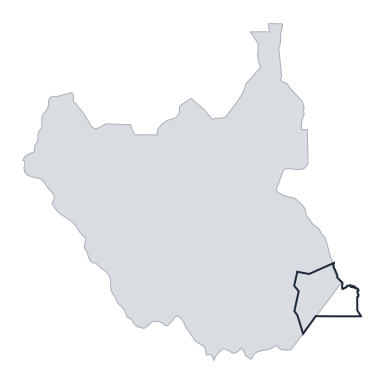 Kapoeta East, Eastern Equatoria, South Sudan (highlighted)
{"feature_id": "79223893B62671962917549", "entity_name": "Kapoeta East", "entity_type": "district", "adm_level": 2, "iso_a3": "SSD", "parent_name": "South Sudan", "parent_adm1": "Eastern Equatoria", "projection": "equal_earth", "projection_center": [35.583, 5.094], "detail": "fine", "context": "in_parent", "style": "outline", "palette": "slate", "viewbox_px": 384, "rotation_deg": 0, "n_neighbors": 0, "source": "geoboundaries", "source_scale": "gbopen_adm2", "svg_char_len": 6359}
<svg xmlns="http://www.w3.org/2000/svg" viewBox="0 0 384 384"><path d="M304.2,332.1L292.4,347.9L291.6,348.9L290.2,350.1L285.4,350.2L280.5,349.4L276.0,345.3L271.4,348.4L268.5,349.4L266.8,349.8L262.7,350.3L257.0,352.0L254.4,354.1L253.0,355.8L251.8,358.9L251.2,359.2L250.2,358.9L248.7,357.6L245.7,355.8L244.1,351.9L242.7,349.5L241.5,348.3L236.7,352.2L234.3,353.1L232.4,353.0L228.9,350.8L225.0,348.9L223.0,348.9L220.0,351.3L216.6,354.8L214.8,358.3L213.9,360.4L212.7,357.2L211.6,355.2L210.0,354.4L206.7,355.2L205.9,354.1L205.8,351.4L205.3,348.9L204.5,347.0L202.0,345.1L195.5,341.3L190.5,333.8L188.0,330.2L186.2,328.0L183.6,322.0L180.6,317.9L177.1,316.0L174.7,317.0L172.2,321.3L167.6,325.5L165.5,325.6L162.8,323.4L159.4,321.8L153.3,321.1L150.8,323.0L147.5,326.2L144.7,328.1L143.0,328.3L141.4,327.6L139.5,327.2L137.9,327.1L134.7,324.2L133.0,322.1L131.9,320.0L130.1,318.7L127.9,317.5L126.4,315.7L125.6,313.4L124.4,310.5L122.8,307.9L117.9,303.2L116.4,300.4L115.4,297.7L113.4,294.7L111.2,290.7L110.6,284.9L110.5,280.2L110.0,278.0L109.1,275.8L108.1,274.0L106.3,271.9L102.3,268.9L98.1,265.4L96.1,263.3L92.3,262.6L90.1,260.6L88.2,256.2L87.4,252.7L85.5,249.9L84.7,247.9L84.3,245.7L85.8,238.7L83.6,236.2L80.3,233.0L78.0,229.6L76.6,226.3L72.4,222.1L63.2,215.8L57.9,211.7L55.0,208.1L52.5,204.6L52.2,203.1L53.9,199.6L54.2,196.6L52.9,193.4L47.4,187.4L43.0,180.7L39.7,178.6L31.7,176.8L29.4,176.0L27.0,174.8L24.7,171.8L23.9,168.2L25.1,162.6L24.4,160.8L23.0,160.4L23.4,159.2L25.0,156.4L27.5,154.6L34.1,151.8L34.5,150.7L34.7,147.2L35.2,145.5L37.6,140.6L37.9,138.6L38.1,134.4L38.4,132.5L39.1,131.1L40.9,128.6L41.6,127.2L41.9,124.0L41.8,117.6L42.7,115.1L47.0,109.4L48.1,106.8L48.5,104.5L48.5,102.2L48.8,99.9L50.0,97.7L51.1,97.0L54.2,96.3L56.3,96.7L71.0,92.8L72.7,93.3L73.4,95.7L73.3,99.4L73.5,101.2L74.3,102.5L76.6,104.2L78.2,107.2L79.1,108.3L81.4,110.3L92.1,127.2L95.2,128.8L98.2,128.2L104.1,124.7L107.1,123.8L127.9,124.8L130.2,124.3L130.3,124.4L133.4,132.9L134.9,134.8L157.7,134.9L157.2,132.5L157.5,129.8L161.6,124.6L162.2,124.0L165.7,121.5L169.1,119.8L175.7,117.9L178.2,114.8L179.5,112.0L179.6,106.5L180.5,105.6L182.1,104.3L189.7,99.3L191.0,98.3L204.4,109.8L211.9,118.9L212.4,119.3L212.8,119.5L213.2,119.2L213.5,118.8L214.4,118.3L217.7,118.2L223.8,117.8L225.8,116.7L238.2,100.5L241.3,95.3L242.1,94.2L243.9,90.6L245.8,84.2L246.2,83.5L259.7,68.3L260.2,67.1L260.3,66.2L258.3,61.1L257.9,58.5L257.8,54.5L258.2,48.3L258.1,44.3L257.9,43.3L257.8,43.1L250.4,31.9L269.3,31.8L269.3,30.4L269.3,30.0L268.9,28.6L268.7,26.8L268.7,25.9L268.9,24.9L268.9,24.4L268.8,24.0L268.8,23.8L268.9,23.6L282.5,23.9L282.3,27.0L280.6,34.4L280.7,38.9L280.2,43.9L279.8,45.4L279.1,46.7L278.8,47.3L278.8,47.8L281.6,76.3L281.4,77.5L280.6,79.3L280.4,79.8L280.4,80.3L280.7,80.6L286.9,83.7L287.2,83.9L287.5,84.1L289.7,87.8L302.1,101.3L302.5,102.0L303.8,106.2L303.9,106.9L303.9,107.9L303.9,108.7L303.6,111.2L303.7,112.4L303.9,113.1L304.1,114.0L304.1,114.3L304.0,114.9L302.1,119.8L301.5,123.3L301.3,126.3L301.4,128.0L301.6,129.1L301.8,129.5L302.0,129.7L307.3,129.7L307.3,131.3L308.0,157.0L308.0,159.9L307.8,163.6L307.1,165.0L305.6,167.0L303.7,168.9L298.9,169.4L294.9,169.3L292.0,168.9L288.1,168.7L284.5,169.2L283.1,170.7L278.2,184.5L276.7,187.9L276.3,189.9L276.8,191.1L278.7,192.8L282.8,195.2L287.6,196.7L291.1,197.3L293.6,198.0L295.4,198.7L302.2,204.9L304.4,207.8L305.6,210.4L305.8,213.1L306.8,215.9L313.0,224.5L318.9,228.5L321.1,233.1L323.3,235.3L325.3,237.7L326.4,241.3L329.0,251.7L330.7,257.1L332.4,261.5L333.2,268.7L334.5,272.0L336.0,275.9L338.3,279.5L340.9,282.2L341.3,282.9L315.8,316.6L304.2,332.1Z" fill="#d9dde1" stroke="#a8b0b8" stroke-width="1"/><path d="M297.4,315.3L303.1,333.7L304.6,331.6L313.7,319.0L315.7,316.2L333.8,316.3L344.1,316.3L351.6,316.3L360.9,316.3L361.0,316.2L360.9,316.1L357.3,310.4L357.2,298.7L357.2,297.7L357.3,297.6L357.3,297.4L357.5,297.4L357.5,297.2L357.8,296.9L357.8,296.7L357.9,296.4L358.0,296.3L358.1,296.2L358.3,296.1L358.3,295.9L358.3,295.7L358.4,295.4L358.5,295.4L358.5,295.2L358.4,295.1L358.5,295.0L358.5,294.9L358.4,294.8L358.4,294.7L358.3,294.4L358.2,294.2L358.0,293.9L357.8,293.8L357.7,293.7L357.6,293.2L357.5,292.9L357.4,292.8L357.4,292.6L357.4,292.3L357.4,292.2L357.4,291.9L357.4,291.7L357.5,291.7L357.6,291.4L357.8,291.3L357.8,291.2L358.0,291.1L358.0,290.9L358.2,290.7L358.3,290.7L358.3,290.4L358.4,290.2L358.5,290.2L358.5,289.9L358.4,289.8L358.4,289.6L358.3,289.4L358.2,289.3L357.9,289.3L357.9,289.2L357.8,288.9L357.7,288.8L357.4,288.8L357.2,288.7L357.0,288.4L356.9,288.4L356.5,288.4L356.4,288.3L356.3,288.2L356.2,288.1L355.9,287.9L355.8,288.0L355.9,288.3L355.8,288.2L355.7,288.2L355.4,287.9L355.4,287.7L355.4,287.4L355.2,287.3L355.1,287.2L355.1,287.3L355.0,287.2L354.9,287.2L354.8,287.3L354.7,287.3L354.6,287.2L354.5,287.4L354.5,287.1L354.5,286.9L354.4,286.8L354.3,286.7L354.2,286.8L354.1,286.7L353.9,286.7L353.7,286.7L353.5,286.8L353.4,286.7L353.4,286.8L353.3,286.7L353.2,286.7L353.2,286.8L352.8,286.8L352.7,286.9L352.6,286.7L352.4,286.6L352.3,286.8L352.1,286.8L351.9,287.0L351.7,287.0L351.5,286.9L351.5,286.7L351.4,286.5L351.5,286.5L351.4,286.4L351.5,286.3L351.5,286.2L351.4,286.2L351.2,286.2L351.1,286.3L350.9,286.4L350.9,286.2L350.7,286.1L350.7,285.9L350.5,285.7L350.4,285.8L350.2,285.8L350.2,285.7L350.1,285.8L349.9,285.9L349.7,285.8L349.4,285.7L349.2,285.5L348.9,285.5L348.7,285.6L348.4,285.5L348.2,285.5L347.9,285.7L347.7,285.7L347.6,285.8L347.4,286.0L347.2,286.1L347.1,286.3L346.9,286.4L346.9,286.5L346.7,286.6L346.6,286.8L346.6,286.7L346.5,286.8L346.4,286.8L346.4,287.0L346.2,287.1L346.0,287.3L345.9,287.4L345.8,287.5L345.7,287.5L345.5,287.8L345.4,287.8L345.2,287.9L344.9,287.9L344.7,287.9L344.5,288.0L344.3,288.1L344.2,288.2L344.1,288.3L343.8,288.4L343.6,288.6L343.5,288.8L343.3,288.9L343.1,288.9L342.6,288.9L342.3,288.4L342.3,288.2L342.2,288.1L342.1,287.9L342.1,287.7L342.2,287.1L342.2,286.9L342.2,286.7L342.1,286.4L342.1,285.9L342.1,285.6L342.1,285.3L342.1,285.2L342.3,284.9L342.4,284.6L342.4,284.3L342.4,284.2L342.5,284.0L342.5,283.9L342.4,283.7L342.5,283.4L342.5,283.2L342.4,283.0L342.4,282.8L342.4,282.7L337.3,277.6L337.3,275.8L337.3,275.3L334.8,269.4L333.6,267.2L333.6,266.7L333.6,266.3L333.7,265.8L333.6,265.6L333.4,265.3L333.4,264.9L333.4,264.5L333.5,264.2L333.6,263.8L333.7,263.7L333.8,263.6L333.9,263.3L334.0,263.2L334.0,262.9L309.1,274.0L297.3,271.8L294.2,285.7L298.7,291.2L294.4,311.1L297.4,315.3Z" fill="none" stroke="#1e293b" stroke-width="2"/></svg>